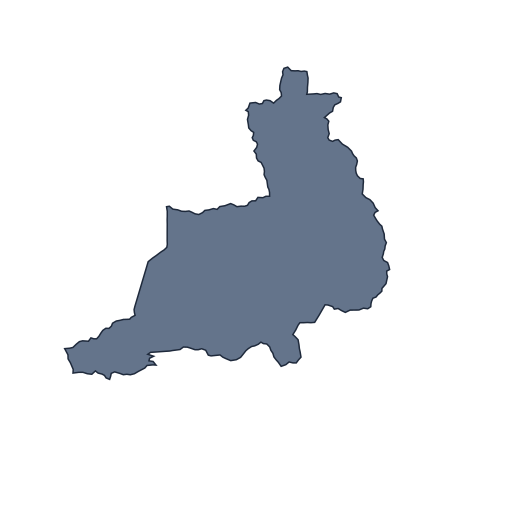 Taubaté, São Paulo, Brazil (Mercator projection), rotated 297°
{"feature_id": "56859067B10359153481242", "entity_name": "Taubaté", "entity_type": "district", "adm_level": 2, "iso_a3": "BRA", "parent_name": "Brazil", "parent_adm1": "São Paulo", "projection": "mercator", "projection_center": [-45.499, -23.087], "detail": "fine", "context": "isolated", "style": "filled", "palette": "slate", "viewbox_px": 512, "rotation_deg": 297, "n_neighbors": 0, "source": "geoboundaries", "source_scale": "gbopen_adm2", "svg_char_len": 4077}
<svg xmlns="http://www.w3.org/2000/svg" viewBox="0 0 512 512"><g transform="rotate(297 256 256)"><path d="M169.1,328.5L172.7,331.9L176.6,333.6L177.5,337.4L179.0,340.4L182.6,341.0L186.3,342.0L190.4,339.0L193.2,336.7L196.4,334.6L200.5,331.5L201.9,327.5L202.7,324.5L208.1,325.0L213.4,324.9L216.5,325.4L218.4,329.1L220.1,332.0L221.5,335.2L223.5,338.4L232.0,339.1L243.9,339.7L245.0,342.4L245.7,347.3L244.2,349.9L246.5,353.0L246.2,356.9L246.3,361.2L250.5,364.4L252.7,368.6L254.6,372.2L258.3,375.4L259.7,379.5L262.9,381.3L265.7,380.1L268.3,379.5L271.4,379.3L274.0,381.6L276.6,382.1L279.3,383.3L281.8,384.1L284.3,382.9L287.4,383.7L290.4,384.4L294.5,383.3L297.3,382.6L299.3,380.7L301.9,379.3L304.6,381.2L307.5,378.8L309.9,376.2L310.0,371.9L312.0,369.1L315.7,368.5L318.1,367.7L320.7,367.6L323.6,366.5L327.1,366.1L329.4,362.8L333.8,360.2L337.4,356.5L339.7,354.6L340.5,351.7L342.3,347.9L344.0,345.1L345.8,342.3L348.9,342.3L351.7,344.2L353.2,340.2L356.3,336.4L357.9,331.9L357.9,327.4L359.5,322.5L364.1,321.0L368.4,319.0L370.8,318.1L373.4,316.5L372.4,313.6L373.5,310.0L375.3,307.7L377.5,306.0L380.3,304.5L383.0,304.2L386.7,303.2L388.9,300.9L389.8,297.8L391.1,295.5L392.8,293.5L394.5,288.3L394.9,282.2L395.9,279.4L397.0,276.4L395.1,273.8L392.9,272.2L392.5,268.6L394.0,266.2L398.2,265.7L401.4,262.9L405.4,260.5L409.1,259.7L410.3,256.9L410.4,254.1L413.2,255.2L416.8,256.6L419.7,258.5L423.5,257.4L426.5,257.6L429.1,259.7L431.7,261.3L435.8,260.1L435.2,257.5L437.5,254.6L436.6,251.2L433.6,248.1L432.2,243.8L429.3,240.3L428.4,236.6L426.6,233.8L424.5,230.2L423.1,227.8L425.7,227.2L429.6,225.3L434.1,223.5L438.2,221.6L440.5,219.7L443.4,217.6L442.7,215.1L440.9,212.4L440.2,209.4L438.7,206.8L437.1,203.2L438.7,198.5L435.9,195.7L432.3,196.0L429.7,197.8L426.2,198.0L422.9,198.8L418.7,199.9L414.9,201.6L413.0,204.3L410.1,206.1L406.7,205.0L404.1,203.6L400.2,202.3L400.8,198.0L399.7,194.5L398.0,192.5L394.8,192.5L392.9,190.0L392.6,185.9L389.5,181.2L384.3,181.9L381.2,180.8L381.1,183.6L378.1,185.5L373.8,186.4L369.5,189.6L366.8,191.4L365.4,194.8L365.1,197.8L362.2,198.9L359.7,198.9L357.9,201.1L357.9,204.5L356.3,206.6L353.1,207.3L348.6,206.5L346.9,210.0L343.5,212.0L341.7,214.7L341.7,218.1L337.9,223.3L335.2,225.1L332.1,226.3L330.2,228.6L328.4,231.3L322.8,235.2L321.2,237.3L318.8,239.2L315.4,241.0L313.7,237.7L311.1,235.7L309.1,231.1L305.0,230.6L303.2,227.3L300.5,225.6L297.3,225.4L295.1,223.2L293.6,220.0L291.3,216.6L291.5,213.1L291.2,209.6L286.7,205.5L283.6,201.3L279.9,200.2L278.9,196.5L275.7,193.1L273.4,189.7L270.4,188.7L267.0,186.2L265.9,182.5L265.9,178.8L265.7,175.9L263.7,172.9L262.1,169.4L261.6,165.3L260.0,160.6L261.0,156.2L259.3,153.9L255.6,156.6L251.1,158.9L248.1,160.3L243.8,162.6L237.6,165.7L232.7,168.2L229.3,169.9L226.1,171.7L223.2,172.6L219.6,171.3L216.5,169.5L213.6,168.1L210.9,166.8L207.4,164.9L202.0,162.5L197.2,163.4L155.9,171.0L152.9,171.7L150.6,173.2L148.2,175.2L144.7,172.7L142.3,172.1L141.0,169.8L139.3,166.7L137.0,164.1L134.6,161.0L131.0,158.7L127.8,159.0L124.8,157.9L123.4,155.0L120.2,153.3L117.1,152.8L113.2,152.5L109.9,151.6L108.6,149.1L108.1,146.1L104.0,145.4L101.7,140.0L99.5,137.5L95.8,135.9L91.4,134.4L89.3,131.9L86.6,127.6L82.6,133.3L79.0,135.3L76.6,139.1L74.0,142.2L72.0,144.6L68.6,146.1L71.9,150.9L73.8,154.6L74.5,159.1L76.1,163.4L80.7,165.1L80.0,168.4L80.9,172.5L80.8,175.2L79.3,177.8L79.6,181.6L82.8,181.1L85.7,180.3L88.6,182.7L89.6,188.1L90.0,191.7L92.0,194.6L93.1,197.9L95.9,201.1L99.8,203.6L101.9,205.1L105.7,207.8L109.0,208.6L110.6,211.1L112.2,213.6L113.4,216.4L115.3,212.2L114.0,208.2L116.6,207.6L120.2,210.3L119.8,207.6L119.3,204.2L122.3,205.8L124.9,210.2L130.4,219.3L132.1,222.2L133.8,224.4L136.2,227.9L138.2,230.8L141.9,232.6L143.6,236.2L144.1,239.0L144.8,244.2L146.3,247.1L148.7,249.7L149.2,254.0L146.0,258.5L146.6,261.3L149.7,266.1L151.5,268.9L150.8,272.4L150.9,275.8L151.3,281.0L154.7,285.6L158.7,288.3L163.0,289.2L167.1,290.0L170.0,291.2L173.4,293.2L175.3,295.6L178.4,298.1L181.5,299.5L181.3,302.3L182.5,305.5L181.2,309.5L178.7,312.1L177.0,315.2L174.2,317.8L172.7,320.9L171.4,324.2L169.1,328.5Z" fill="#64748b" stroke="#1e293b" stroke-width="1.5"/></g></svg>